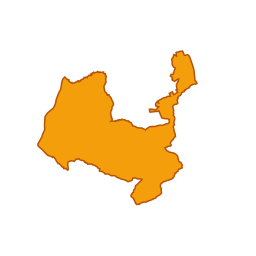 outline of Risaralda, Caldas, Colombia, rotated 152°
{"feature_id": "7082276B60229328321476", "entity_name": "Risaralda", "entity_type": "district", "adm_level": 2, "iso_a3": "COL", "parent_name": "Colombia", "parent_adm1": "Caldas", "projection": "mercator", "projection_center": [-75.767, 5.114], "detail": "fine", "context": "isolated", "style": "filled", "palette": "amber", "viewbox_px": 256, "rotation_deg": 152, "n_neighbors": 0, "source": "geoboundaries", "source_scale": "gbopen_adm2", "svg_char_len": 5863}
<svg xmlns="http://www.w3.org/2000/svg" viewBox="0 0 256 256"><g transform="rotate(152 128 128)"><path d="M79.4,121.9L78.5,126.0L76.9,126.8L75.6,126.8L73.7,126.2L72.5,126.4L71.7,128.9L70.7,130.5L70.0,130.6L70.0,131.2L69.7,131.3L69.6,131.6L67.8,132.4L67.0,132.1L66.3,132.2L65.2,132.8L64.1,134.0L61.2,133.8L60.8,134.1L60.4,135.0L60.0,134.9L59.5,134.5L57.9,135.1L57.4,135.1L56.6,134.8L55.6,135.0L55.2,134.9L55.1,135.2L54.3,135.2L53.5,136.0L52.2,136.2L51.3,135.9L50.8,136.1L48.9,135.8L47.6,134.9L46.1,135.1L46.0,136.6L46.4,138.8L42.7,147.8L41.8,151.6L40.3,160.9L40.2,162.5L40.5,164.0L40.9,164.6L44.1,165.7L43.7,170.4L46.9,171.4L50.1,172.1L51.4,168.8L52.9,171.3L54.8,169.5L55.0,169.0L55.6,168.8L56.1,168.9L57.2,168.1L57.9,165.7L59.3,163.0L59.1,160.4L58.2,159.0L58.4,158.7L59.0,157.8L60.4,156.8L61.1,155.9L62.0,155.5L62.3,154.6L63.4,154.2L64.6,155.1L66.2,154.1L65.2,151.7L65.8,151.2L65.6,150.3L66.4,149.9L65.9,148.6L65.0,147.3L61.6,147.7L60.3,147.5L61.9,145.4L62.4,145.5L63.9,144.2L65.1,143.4L65.4,142.4L66.1,140.8L66.4,138.8L67.8,139.0L67.3,136.2L72.1,136.0L71.7,139.1L75.3,139.2L75.6,136.2L78.0,137.3L78.7,137.4L79.9,137.1L81.7,137.8L82.9,137.9L89.4,137.8L89.3,136.0L90.3,137.2L91.1,137.1L92.0,136.6L92.6,135.9L93.0,133.9L90.9,132.4L91.8,131.9L92.5,132.0L94.2,130.8L99.8,134.4L100.4,134.4L101.1,132.3L101.1,131.6L98.1,130.5L97.6,130.1L96.5,130.1L95.2,129.2L93.4,128.5L92.7,128.6L93.4,121.3L92.8,120.4L91.4,119.2L90.4,118.5L88.7,117.6L87.5,115.9L88.0,115.6L88.6,114.1L89.0,113.8L89.0,113.4L90.1,113.1L92.4,113.8L94.2,113.8L96.1,114.2L96.8,114.4L98.4,115.5L101.4,116.3L103.2,116.5L106.4,118.2L108.4,118.9L112.2,118.6L113.5,118.1L115.5,121.2L119.4,123.7L121.6,126.7L122.7,127.3L122.5,127.9L122.7,128.8L122.8,131.3L123.7,132.1L123.7,132.9L124.2,133.2L124.2,134.0L125.9,135.0L126.4,135.5L126.7,136.5L127.1,136.8L128.6,137.6L129.3,138.6L129.7,138.7L130.5,138.3L131.8,139.5L132.2,139.5L132.6,139.1L133.0,139.8L133.7,139.3L134.6,139.6L135.0,140.2L135.7,139.9L136.1,140.2L136.3,139.9L137.1,140.7L138.2,141.0L138.6,141.5L139.8,141.9L139.5,142.0L138.7,141.9L137.6,143.6L137.6,143.9L138.0,144.4L137.7,144.8L137.8,145.2L137.3,145.5L137.2,146.9L136.3,149.4L134.9,151.2L133.8,151.7L132.2,154.0L129.9,155.4L129.4,156.1L129.3,157.7L129.0,158.9L129.2,160.0L128.9,162.1L129.3,164.9L129.2,166.2L129.5,166.6L130.6,166.6L131.1,167.2L130.8,167.6L130.6,168.3L130.8,169.7L131.1,170.2L131.3,171.4L130.7,173.0L130.8,173.6L130.4,174.0L130.0,175.6L129.1,176.5L127.6,177.5L127.1,178.2L125.9,178.6L125.6,179.9L124.9,181.0L124.9,181.7L124.4,182.0L124.2,182.5L123.2,183.2L123.1,183.6L123.4,184.5L123.3,184.8L122.8,185.0L123.0,186.1L122.5,186.6L123.8,187.6L123.8,188.0L123.3,188.9L125.2,189.5L125.8,189.8L126.4,190.6L127.1,190.3L127.9,191.0L127.7,191.3L128.3,192.2L129.6,191.9L131.2,192.5L131.7,192.4L132.1,193.3L132.8,192.9L133.3,193.3L133.5,193.2L134.0,193.3L134.3,193.0L135.3,193.1L135.2,192.8L134.7,192.3L135.3,191.6L136.0,191.7L136.5,192.3L137.2,192.3L137.7,192.9L138.1,192.6L139.9,192.4L140.5,191.6L141.3,192.6L142.4,192.5L143.0,193.3L143.8,192.6L144.5,192.6L144.9,192.3L145.3,192.3L146.9,192.6L147.9,191.9L149.1,191.7L149.3,191.8L149.1,192.6L149.8,193.2L151.7,192.8L152.9,193.2L154.0,192.8L155.4,193.5L156.3,193.6L156.2,194.6L157.4,195.1L157.8,196.2L158.3,196.7L158.1,197.3L157.6,197.7L157.5,198.2L157.8,198.6L158.9,199.1L158.9,200.0L159.4,200.5L159.5,201.6L160.0,202.8L162.2,201.9L163.3,201.2L165.2,199.2L168.9,194.2L169.9,193.3L172.0,192.0L174.3,190.2L178.1,186.7L180.5,183.7L182.4,182.1L184.5,180.7L185.6,180.3L186.7,180.2L190.6,179.4L192.8,178.7L196.0,176.9L200.5,169.5L202.1,165.9L206.7,162.2L207.9,160.8L215.2,156.1L215.8,154.3L213.7,148.5L212.8,144.9L211.7,141.6L208.7,138.2L208.3,137.4L207.5,137.7L206.9,136.3L206.7,135.0L206.8,133.9L206.5,129.4L205.9,129.5L205.3,128.2L205.0,126.6L204.6,126.2L204.7,125.3L204.5,124.8L204.3,124.3L203.4,123.7L203.8,122.4L202.9,122.1L202.7,121.7L202.1,121.6L201.3,119.4L200.7,119.1L200.4,119.2L199.7,120.5L198.6,123.5L197.1,126.0L196.4,126.2L193.2,125.6L192.2,124.8L191.2,123.8L189.4,124.3L188.6,125.0L186.7,124.0L185.7,123.9L185.7,123.1L185.2,122.3L184.0,121.0L183.3,120.8L182.4,119.6L181.7,118.2L182.2,118.1L181.6,116.8L181.1,116.7L181.1,116.9L180.8,116.6L180.3,115.3L180.5,115.0L178.8,114.2L176.9,113.0L176.5,111.9L175.6,111.5L173.5,108.3L173.5,107.3L173.4,106.9L172.4,105.7L172.1,105.1L173.0,104.6L173.4,103.2L171.4,101.9L170.1,99.6L170.0,98.6L169.6,97.9L167.7,97.2L166.7,96.2L165.3,93.8L162.0,92.1L161.4,90.5L158.6,86.8L154.6,83.0L153.4,80.8L152.7,80.4L152.2,80.3L151.6,80.5L150.1,79.9L148.7,80.1L147.5,81.4L146.7,81.0L145.0,80.7L144.2,79.4L143.1,78.3L141.3,77.4L139.9,76.4L139.7,75.9L140.3,75.6L143.5,74.8L147.0,73.6L148.1,73.6L148.6,73.3L149.8,71.5L150.1,71.2L151.6,70.8L152.1,70.5L153.5,68.6L154.3,68.7L157.0,67.3L157.4,66.0L157.3,65.5L156.3,63.6L156.2,62.6L156.4,61.9L156.3,61.5L156.6,58.4L156.4,56.6L156.2,56.3L155.0,56.0L153.9,55.3L151.8,55.7L148.7,55.1L147.2,54.2L145.0,54.1L144.7,53.9L143.8,54.0L142.5,53.7L140.0,53.4L138.5,53.5L137.1,53.2L136.4,53.2L134.9,53.9L130.7,54.1L128.8,54.9L127.8,57.8L126.9,58.8L127.2,60.1L126.5,62.0L125.7,63.0L125.1,63.3L124.8,63.2L123.6,63.6L121.3,63.7L117.7,63.2L116.4,62.7L115.2,62.8L113.7,62.5L112.5,62.5L110.4,63.3L109.9,64.0L109.2,64.4L109.0,64.8L108.4,65.2L107.9,65.9L107.0,65.7L106.3,65.9L106.1,66.3L104.2,66.4L103.8,67.0L102.8,67.6L101.9,67.8L101.3,67.8L100.7,67.3L100.3,67.5L98.9,67.3L98.7,67.5L98.5,68.9L97.4,69.7L97.6,71.7L97.4,72.7L98.7,74.4L98.7,75.1L97.4,80.0L97.7,81.5L98.9,83.9L102.9,87.4L103.7,89.0L104.5,89.8L104.7,93.2L104.0,93.0L103.1,93.1L102.1,92.8L101.1,93.1L99.0,92.1L98.6,92.2L98.0,92.5L97.8,92.9L97.8,94.5L96.1,96.1L95.3,96.1L93.6,96.7L91.0,98.1L90.1,98.1L89.3,100.1L88.6,103.7L87.2,108.4L85.5,109.0L84.9,111.4L84.4,112.1L83.7,112.5L82.4,114.1L81.8,116.1L82.0,118.1L81.1,118.8L80.8,119.3L80.7,120.7L80.2,121.0L79.4,121.9Z" fill="#f59e0b" stroke="#b45309" stroke-width="1.5"/></g></svg>